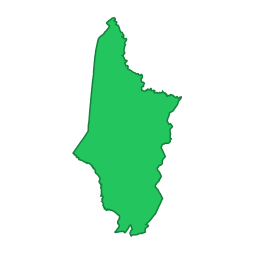 the district of Chiradzulu, Chiradzulu, Malawi, rotated 192°
{"feature_id": "42251766B78568245260433", "entity_name": "Chiradzulu", "entity_type": "district", "adm_level": 2, "iso_a3": "MWI", "parent_name": "Malawi", "parent_adm1": "Chiradzulu", "projection": "albers", "projection_center": [35.198, -15.762], "detail": "fine", "context": "isolated", "style": "filled", "palette": "green", "viewbox_px": 256, "rotation_deg": 192, "n_neighbors": 0, "source": "geoboundaries", "source_scale": "gbopen_adm2", "svg_char_len": 5790}
<svg xmlns="http://www.w3.org/2000/svg" viewBox="0 0 256 256"><g transform="rotate(192 128 128)"><path d="M90.7,169.2L92.0,169.5L93.2,169.5L93.6,169.4L93.7,168.6L94.0,168.3L95.2,168.2L96.1,167.6L96.3,167.2L96.7,167.2L97.1,167.9L97.0,168.6L97.2,169.0L97.9,169.3L98.2,169.1L98.6,169.3L98.5,169.7L98.9,169.9L100.4,170.0L101.8,171.1L101.8,170.3L102.0,170.0L102.8,169.4L103.6,169.2L104.4,169.4L105.5,168.3L105.9,168.3L106.2,168.5L107.0,168.7L107.4,168.7L108.9,168.0L109.6,168.1L109.9,168.4L110.0,168.8L109.5,169.8L109.8,170.1L110.5,170.2L112.3,169.6L112.7,169.6L113.1,169.7L113.3,170.1L113.5,171.3L113.8,171.4L114.2,171.3L114.4,170.2L114.7,169.9L115.2,169.8L116.4,170.1L117.1,170.0L117.3,169.7L117.1,168.9L118.0,168.9L118.3,168.2L119.0,167.7L119.1,167.4L121.0,167.6L121.8,167.9L122.4,167.7L122.8,169.3L123.3,170.4L123.2,170.8L122.9,171.1L121.5,171.8L121.9,172.5L121.3,174.4L121.3,174.8L121.7,175.5L122.3,175.9L123.5,175.8L124.2,176.2L124.5,176.5L124.9,177.1L125.4,178.7L124.5,180.1L124.5,180.5L124.9,182.1L125.3,182.7L125.9,183.2L126.3,183.1L126.6,182.4L126.8,182.1L128.0,181.9L128.4,182.1L128.8,182.8L129.3,183.2L130.0,183.1L130.9,182.5L131.3,182.6L132.0,183.2L135.1,183.8L136.5,184.6L140.7,185.9L140.8,186.3L140.5,187.4L140.9,188.6L141.6,188.9L142.3,188.5L142.8,188.4L143.9,190.1L144.5,190.6L144.6,191.0L144.4,191.4L143.5,192.2L143.0,192.9L143.0,193.7L143.7,193.9L144.9,193.7L145.3,193.9L145.6,194.6L147.1,196.6L147.7,197.2L148.4,197.5L148.7,197.8L147.7,198.5L147.3,199.7L146.7,200.3L146.7,200.7L147.2,201.3L148.0,202.7L148.2,203.5L148.2,207.8L147.8,209.0L148.7,209.8L148.9,211.4L147.9,213.1L147.7,213.9L148.0,214.7L148.2,215.0L148.6,215.1L149.7,214.7L151.3,215.1L152.4,215.7L152.6,216.0L151.4,216.1L151.2,216.5L151.5,218.1L152.6,218.7L153.1,219.8L153.7,220.2L154.8,220.3L155.8,221.3L156.3,222.0L157.7,224.7L158.9,226.3L159.3,226.5L160.9,226.4L161.3,226.5L160.9,228.9L161.1,229.3L161.4,229.4L163.0,229.6L163.8,230.0L163.6,230.3L163.0,230.9L162.9,231.2L163.1,232.0L163.6,232.6L164.0,232.8L164.8,232.9L166.5,231.9L168.4,229.5L169.3,228.9L169.7,227.9L170.7,226.7L170.7,226.0L169.1,224.8L167.9,224.5L167.5,224.2L167.5,222.9L168.1,221.4L169.1,219.6L169.4,218.5L170.4,217.4L170.9,216.3L171.2,215.1L174.3,211.4L175.2,209.9L175.4,209.2L175.6,208.0L175.6,196.5L175.3,194.0L175.2,191.4L173.3,175.1L173.0,174.7L172.9,174.1L172.3,166.0L170.4,149.4L168.8,135.7L167.5,126.2L167.4,123.1L166.3,116.6L170.1,106.8L170.7,105.8L176.5,92.1L175.3,91.7L175.3,90.9L175.0,90.7L173.3,90.5L172.9,90.3L173.0,89.9L172.6,89.6L172.5,89.0L171.9,88.5L171.1,88.5L170.4,88.9L170.1,88.7L169.5,86.9L169.2,86.8L168.4,87.0L167.2,86.7L166.4,86.8L164.4,86.0L163.5,85.9L162.0,85.3L161.3,85.6L160.8,85.0L160.5,85.4L160.2,85.2L159.7,85.1L159.0,85.4L157.8,85.1L157.3,84.5L156.5,84.3L155.9,83.7L155.1,83.8L155.0,83.4L155.2,83.0L155.0,82.7L154.6,82.6L154.3,82.3L154.2,81.9L153.5,82.2L153.3,81.9L153.0,80.9L152.2,80.9L151.9,80.7L151.5,80.0L151.2,79.8L151.0,79.2L151.0,78.2L150.8,77.8L150.4,77.8L149.8,76.8L148.6,76.4L147.0,75.3L145.3,73.3L145.0,73.1L144.7,72.8L144.7,72.0L145.0,71.2L145.0,70.0L145.2,69.7L145.0,69.3L144.4,68.9L144.5,68.5L143.8,68.2L143.1,67.2L142.4,67.5L142.2,67.2L142.6,67.1L142.8,66.8L142.1,65.3L141.8,65.1L142.4,64.0L142.2,63.6L141.4,63.2L141.1,62.0L140.9,60.4L140.6,59.7L140.4,58.5L139.8,58.0L140.3,57.5L140.5,55.9L139.4,56.2L139.0,56.1L139.1,55.8L138.3,55.7L138.0,55.5L138.1,54.7L138.6,53.6L138.2,53.5L138.1,53.1L138.5,52.6L138.1,51.9L138.1,51.1L138.4,50.9L137.7,50.6L137.4,49.9L137.0,49.7L136.9,49.4L136.3,48.8L136.4,48.0L136.4,46.9L135.6,46.5L135.3,45.7L134.8,45.1L134.4,45.2L134.2,44.9L134.4,44.6L134.3,44.2L133.7,44.5L133.3,44.4L133.0,44.1L133.1,43.7L132.7,43.7L132.2,43.1L131.8,43.0L131.4,43.7L130.6,43.8L130.4,44.1L130.5,44.5L130.1,44.4L130.2,44.1L129.9,43.8L129.5,43.9L129.2,44.2L128.9,44.3L128.5,44.3L127.8,43.9L127.4,44.0L127.2,44.3L124.5,43.5L122.3,42.5L121.9,42.5L121.3,41.9L120.9,41.9L120.7,41.6L119.7,41.0L119.3,40.8L118.5,40.9L118.0,40.3L117.9,39.1L117.6,38.8L117.8,37.6L117.5,37.4L117.5,37.0L118.0,36.3L118.7,34.1L118.3,33.4L118.2,32.6L118.0,32.2L117.2,32.0L116.8,31.7L116.3,30.6L116.2,29.8L116.7,28.7L116.6,27.9L117.5,27.0L118.1,25.1L119.1,23.7L119.1,23.4L118.8,23.2L117.7,23.5L114.5,24.9L111.6,25.8L111.1,25.9L110.7,25.7L109.7,25.0L109.3,24.9L109.0,25.1L107.2,29.1L106.1,32.7L105.7,33.4L105.3,33.6L104.9,33.4L104.5,32.5L104.0,31.9L103.7,31.1L102.7,29.9L103.9,28.1L104.2,25.7L104.1,25.2L103.7,24.8L103.1,23.7L102.9,23.4L102.4,23.1L102.0,23.8L101.3,24.3L96.9,25.6L95.2,26.9L94.1,27.5L92.5,27.7L92.2,27.9L92.1,28.3L91.8,28.6L91.4,28.6L89.6,29.5L90.2,33.2L89.5,34.2L88.0,35.7L87.7,36.5L87.8,37.0L88.5,37.0L89.6,37.4L90.3,37.4L86.8,42.9L84.4,48.1L83.6,49.1L82.4,53.6L81.4,58.5L80.8,60.5L79.8,65.8L79.5,65.9L79.7,66.6L80.9,67.9L82.6,70.2L84.1,71.5L85.6,73.6L86.2,74.2L87.3,74.7L87.8,75.4L88.9,75.9L89.2,76.6L89.2,77.9L88.5,79.4L88.5,79.8L87.9,80.8L86.7,82.5L86.4,83.7L86.4,84.1L86.8,84.3L86.7,84.7L85.8,85.4L85.7,86.6L85.4,87.7L88.1,91.4L89.4,92.3L90.3,93.1L91.0,94.1L91.1,94.9L90.2,96.2L89.7,97.7L88.0,98.8L87.4,99.5L87.1,100.7L87.5,102.3L87.5,103.1L87.1,105.1L85.6,107.5L85.6,107.9L91.6,115.9L91.7,116.2L91.2,117.2L91.2,118.2L90.9,119.1L90.5,119.4L89.2,119.9L88.7,120.7L88.0,121.0L87.6,120.8L85.5,121.5L84.9,121.9L84.0,123.3L83.9,123.7L84.1,124.0L84.1,124.9L83.7,126.0L83.4,126.3L83.6,126.6L84.9,127.2L85.2,131.1L85.4,131.8L85.8,132.2L86.0,133.2L86.4,133.7L86.5,134.9L86.3,136.0L84.8,138.5L85.5,139.5L87.3,141.0L88.2,140.6L88.6,140.1L91.2,143.0L91.2,144.5L90.6,148.3L90.4,151.6L87.6,153.9L84.6,161.0L84.3,162.5L84.3,164.6L83.4,165.9L83.6,166.1L83.6,166.3L83.1,166.7L82.5,167.8L82.3,169.3L82.4,169.5L82.8,169.3L83.4,168.8L83.8,168.8L84.2,168.1L84.5,167.9L85.3,167.7L85.7,167.8L86.2,168.8L86.6,168.9L87.4,168.0L87.8,167.8L88.6,168.0L90.7,169.2Z" fill="#22c55e" stroke="#15803d" stroke-width="1.5"/></g></svg>